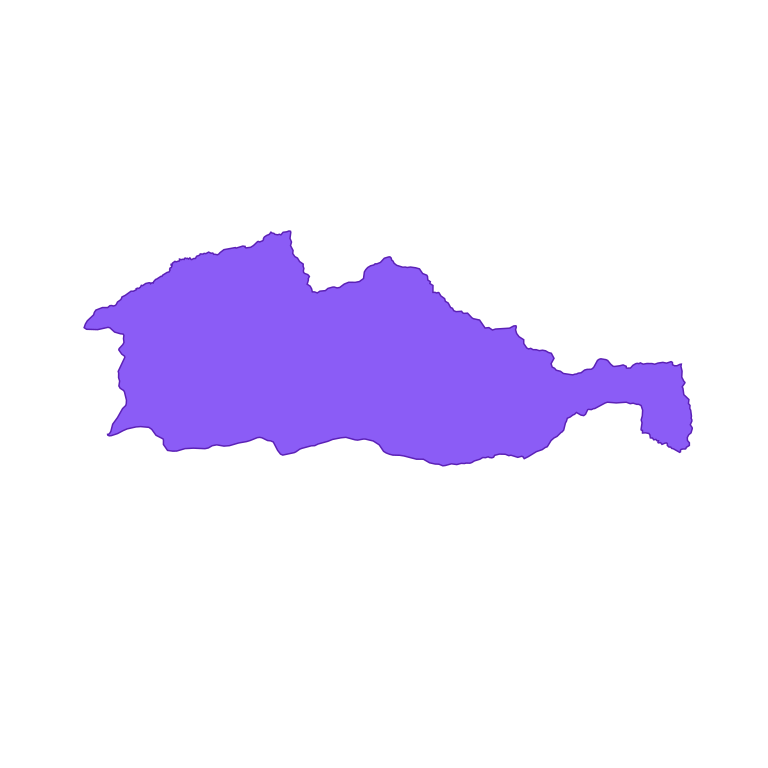 Gachalá, Cundinamarca, Colombia (Equal Earth projection), rotated 56°
{"feature_id": "7082276B64906175699520", "entity_name": "Gachalá", "entity_type": "district", "adm_level": 2, "iso_a3": "COL", "parent_name": "Colombia", "parent_adm1": "Cundinamarca", "projection": "equal_earth", "projection_center": [-73.504, 4.664], "detail": "fine", "context": "isolated", "style": "filled", "palette": "violet", "viewbox_px": 768, "rotation_deg": 56, "n_neighbors": 0, "source": "geoboundaries", "source_scale": "gbopen_adm2", "svg_char_len": 6170}
<svg xmlns="http://www.w3.org/2000/svg" viewBox="0 0 768 768"><g transform="rotate(56 384 384)"><path d="M544.8,133.3L540.0,129.7L535.5,128.0L533.8,126.4L533.2,127.6L532.7,130.9L531.4,132.9L529.4,134.0L527.4,132.8L526.0,133.5L524.7,138.1L522.0,140.7L519.8,145.3L519.0,148.5L516.9,150.4L514.0,154.6L512.5,158.0L509.8,159.7L509.7,161.2L508.4,162.6L507.9,164.0L507.7,167.2L508.6,170.7L506.8,173.6L506.0,174.1L504.8,173.3L501.9,175.1L500.7,178.4L498.4,183.0L497.5,184.1L494.3,185.0L489.6,185.4L487.9,186.4L484.4,190.1L483.8,191.7L483.8,193.8L487.3,200.5L487.7,202.2L487.7,203.9L485.4,207.5L484.6,209.9L484.9,214.4L483.6,217.0L483.4,218.8L482.6,220.2L482.0,222.4L475.6,229.4L472.1,230.6L468.9,233.5L466.3,233.8L464.0,235.1L460.6,234.1L457.8,228.7L452.1,228.1L449.9,230.0L446.8,231.5L444.6,233.7L443.2,236.6L440.7,238.6L438.9,241.2L436.5,242.4L435.7,244.6L433.9,245.5L428.6,245.5L425.4,243.4L420.3,245.6L416.3,245.8L412.6,244.6L410.7,242.4L409.5,242.1L408.4,244.0L407.9,248.7L400.8,260.8L399.9,263.9L395.9,265.5L394.1,268.9L384.4,269.0L379.8,273.4L378.3,274.1L372.0,275.1L370.1,278.3L368.9,279.0L367.1,279.0L364.3,283.8L362.2,285.2L359.5,284.9L357.8,286.0L352.7,285.5L349.8,286.9L347.1,286.0L342.8,287.6L339.1,287.4L338.4,287.9L338.0,289.5L336.6,290.4L335.4,292.2L329.7,288.3L326.3,289.8L325.1,288.4L322.2,289.5L319.2,287.8L317.7,287.7L314.0,290.2L308.4,290.2L305.3,292.8L301.8,296.7L300.4,299.6L298.9,301.0L297.7,303.1L292.7,307.1L289.5,308.1L287.1,307.8L285.7,308.3L283.3,307.6L281.9,308.0L281.2,309.2L279.9,313.4L281.2,319.0L280.4,322.7L279.4,324.2L279.6,325.9L278.5,329.0L278.3,332.4L279.0,335.2L280.1,337.6L285.1,342.0L285.3,347.1L283.7,350.9L279.9,356.4L278.9,361.1L279.2,366.7L278.1,369.2L275.7,371.1L274.9,372.5L273.4,377.0L273.8,380.4L271.2,385.2L271.2,388.4L268.9,390.0L267.5,391.9L264.7,390.8L261.6,390.5L258.3,391.9L255.5,388.5L254.4,388.0L253.1,385.7L250.7,386.0L248.0,387.9L246.6,388.3L245.0,387.5L243.4,385.8L241.1,385.2L239.4,383.9L235.3,385.5L231.2,385.3L228.5,386.7L224.8,386.7L222.4,384.7L217.0,384.1L214.6,381.3L210.7,380.5L206.2,376.5L205.1,376.1L204.0,377.2L203.4,379.6L201.8,382.8L202.7,386.1L201.4,386.9L200.8,388.8L198.8,390.8L197.6,391.0L196.1,392.5L194.9,392.8L195.8,395.4L195.2,398.3L195.2,400.9L195.9,402.5L196.9,403.2L197.4,404.5L196.7,407.6L195.4,408.6L195.3,409.4L196.2,414.8L196.1,418.1L194.0,422.3L192.9,422.7L192.3,422.2L190.7,423.9L188.6,430.7L187.8,430.9L183.1,441.6L183.4,446.5L183.9,448.5L183.7,449.9L181.8,451.7L181.3,452.7L179.7,452.7L178.9,454.3L176.6,455.6L176.3,458.8L175.1,460.1L175.1,461.4L173.4,463.6L174.1,464.8L173.3,468.0L174.5,470.1L173.5,471.7L173.4,473.8L172.9,474.3L170.9,474.4L171.1,476.1L169.9,476.6L169.7,477.4L168.5,478.3L168.3,479.1L169.0,480.0L168.0,481.2L167.5,482.6L166.1,483.7L167.4,484.6L167.5,485.4L167.1,485.8L166.5,488.1L165.4,488.7L165.5,491.7L166.1,492.3L165.7,493.6L166.7,494.1L167.2,493.5L168.1,494.5L168.5,495.3L168.2,496.4L168.9,497.5L169.9,497.6L170.9,499.6L170.2,501.4L170.0,506.6L170.6,508.0L170.0,508.7L169.9,513.8L169.6,514.9L170.3,517.6L171.2,518.9L170.4,519.6L170.3,521.5L169.4,521.3L168.7,522.1L167.4,525.4L167.5,529.1L166.5,530.0L167.5,531.8L167.6,533.8L166.6,534.9L166.5,535.8L166.5,536.3L167.2,536.3L167.3,536.8L166.9,540.0L165.6,541.8L165.8,549.0L165.3,552.6L166.3,553.8L166.9,555.3L167.0,559.1L168.4,561.6L168.6,563.0L167.9,564.9L166.7,565.8L165.8,567.4L166.1,570.4L163.2,574.6L161.6,581.5L162.6,584.0L164.3,586.1L165.7,594.6L167.3,598.0L169.6,601.1L172.3,600.0L178.8,591.0L182.7,581.1L184.2,579.8L190.3,578.3L194.9,574.5L196.7,572.4L198.2,572.4L200.7,574.6L204.1,576.3L205.3,578.5L206.5,583.7L207.4,584.8L212.6,584.7L215.9,583.5L217.0,584.0L224.9,597.3L226.6,597.9L230.3,600.5L233.7,601.5L237.4,604.9L240.1,605.1L243.8,603.5L245.4,603.6L253.3,606.5L256.1,608.6L257.4,610.1L258.2,614.5L262.8,623.7L265.6,631.4L270.5,636.9L271.4,638.8L271.7,640.5L271.2,641.3L271.9,641.6L273.3,640.8L274.3,639.0L276.1,632.7L276.8,626.2L277.6,622.0L280.9,613.6L283.2,609.6L288.4,603.2L291.7,601.9L299.0,601.7L305.9,597.9L307.0,598.1L310.8,600.7L318.0,600.6L321.5,596.7L323.7,593.3L326.3,585.1L330.6,577.9L337.5,568.6L338.8,565.4L339.1,560.9L340.9,556.7L346.0,551.4L348.7,546.6L351.6,537.5L354.9,530.1L356.0,526.6L357.6,519.1L358.7,516.9L360.4,515.2L365.8,512.1L367.7,509.8L370.2,508.2L379.5,509.3L384.2,509.0L386.3,507.7L390.7,496.8L391.0,494.9L390.9,490.4L391.4,488.1L394.6,478.8L396.4,475.9L396.9,472.2L400.1,462.7L401.2,457.6L404.5,449.8L406.9,445.4L414.0,439.3L415.8,437.2L418.0,432.1L419.1,430.4L425.2,424.8L431.7,422.0L439.6,422.0L442.3,420.8L445.2,418.8L447.9,416.4L451.9,410.8L454.7,407.8L464.4,399.2L468.4,393.4L474.8,390.3L478.9,386.4L481.2,383.3L484.7,381.0L485.8,378.9L487.9,372.7L491.5,368.7L493.0,364.3L494.9,361.8L495.5,360.1L497.7,357.0L498.2,355.1L498.3,352.1L500.0,346.6L500.2,343.2L501.9,341.0L502.6,338.3L503.8,337.8L505.5,335.9L506.0,334.1L505.0,332.2L506.6,327.6L510.1,322.7L513.2,320.6L514.0,318.6L519.6,314.1L520.9,310.3L521.9,309.5L524.3,309.5L524.9,305.0L525.3,295.5L526.9,289.5L526.8,285.9L527.3,283.7L524.3,277.1L523.8,273.3L524.2,269.8L523.2,264.5L523.3,263.1L522.7,260.8L517.8,255.4L516.9,253.6L514.9,251.2L515.5,248.0L515.3,244.9L515.7,242.9L515.2,240.4L519.9,238.1L521.9,236.1L521.8,233.9L519.2,229.5L519.4,228.6L521.2,226.4L521.6,224.0L522.2,223.1L523.4,211.4L524.0,209.0L529.5,202.1L534.6,193.3L538.0,190.9L539.2,188.2L542.1,185.9L543.3,184.2L545.6,182.9L550.3,184.2L554.9,187.7L557.6,190.9L560.5,191.8L565.4,196.3L566.1,196.5L567.0,195.7L569.2,197.1L570.7,194.5L573.1,192.1L574.8,192.0L577.6,193.3L579.0,191.6L581.1,191.6L582.0,189.6L583.7,189.4L584.5,188.2L585.5,189.5L586.2,189.5L587.3,187.5L589.5,187.3L590.2,184.0L591.0,182.6L591.9,182.5L593.4,183.5L595.6,183.0L596.6,181.6L598.3,181.5L599.4,180.4L606.0,177.1L606.0,176.1L604.7,175.3L604.4,174.3L605.0,172.6L606.3,170.7L606.4,169.9L605.6,168.8L605.7,165.2L603.5,163.7L600.5,164.0L598.0,162.5L596.5,159.8L596.2,156.8L593.4,153.4L592.4,152.9L589.1,152.9L586.9,149.5L585.8,148.8L584.1,148.5L582.6,147.1L577.2,144.4L575.3,144.2L572.9,142.3L570.4,142.5L567.4,139.9L560.5,141.4L554.6,138.5L553.5,138.5L553.0,138.2L551.5,134.2L550.9,133.6L549.6,133.9L544.8,133.3Z" fill="#8b5cf6" stroke="#5b21b6" stroke-width="1.5"/></g></svg>